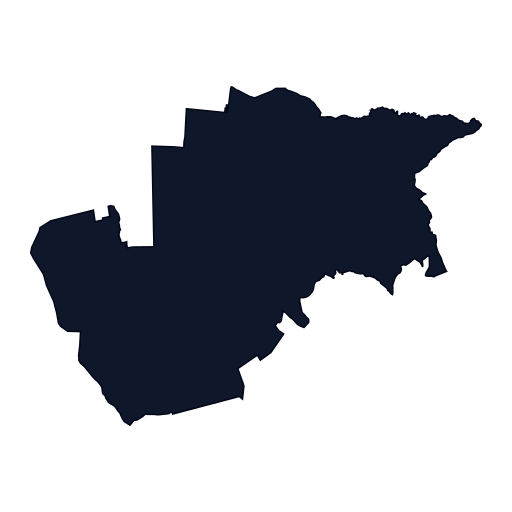 Boldesti-Scaeni, Prahova, Romania (Mercator projection)
{"feature_id": "2599482B90080505354120", "entity_name": "Boldesti-Scaeni", "entity_type": "district", "adm_level": 2, "iso_a3": "ROU", "parent_name": "Romania", "parent_adm1": "Prahova", "projection": "mercator", "projection_center": [26.073, 45.027], "detail": "fine", "context": "isolated", "style": "filled", "palette": "ink", "viewbox_px": 512, "rotation_deg": 0, "n_neighbors": 0, "source": "geoboundaries", "source_scale": "gbopen_adm2", "svg_char_len": 6054}
<svg xmlns="http://www.w3.org/2000/svg" viewBox="0 0 512 512"><path d="M425.5,275.5L426.9,276.2L431.1,276.2L434.1,276.8L434.3,276.3L446.6,271.4L446.2,270.9L442.4,262.3L441.5,259.0L440.8,257.2L438.4,252.9L436.7,248.0L435.9,244.8L436.4,240.7L435.6,235.4L435.1,235.1L432.5,234.4L432.3,234.2L432.1,232.2L431.5,232.1L430.2,232.2L430.0,230.8L429.9,228.3L428.8,226.7L428.4,225.2L428.1,224.8L429.5,222.5L429.2,220.7L429.4,219.9L430.8,218.5L431.5,217.4L431.4,216.2L430.6,213.1L428.5,210.7L426.9,207.0L422.6,202.9L421.8,201.1L421.5,200.8L418.6,199.2L418.6,198.6L420.6,197.8L423.0,195.4L425.7,194.0L424.8,193.5L422.4,192.6L420.0,190.3L418.4,189.3L416.3,188.3L414.4,185.7L414.4,184.6L415.0,181.5L415.1,179.3L414.5,177.9L414.6,173.3L419.2,171.6L423.2,168.3L427.1,165.7L427.8,164.7L428.0,163.3L428.3,162.7L429.2,161.9L429.3,160.2L429.8,159.9L431.1,159.7L432.8,157.5L434.0,157.2L435.1,156.6L435.9,155.7L437.1,153.4L439.6,151.6L441.1,149.1L445.4,146.4L447.5,145.4L448.4,143.6L449.1,142.6L450.9,141.6L452.4,140.2L458.8,137.4L460.0,137.6L462.9,137.1L465.0,135.0L472.5,133.4L475.0,131.9L476.1,130.7L478.7,128.9L480.0,126.8L481.2,125.6L481.3,124.3L480.2,123.8L478.4,121.3L477.8,121.0L476.0,120.8L475.3,120.4L474.6,118.8L474.0,118.4L473.1,118.6L471.9,119.3L471.4,120.1L470.6,120.6L470.3,122.3L469.2,123.3L466.3,123.4L463.8,123.0L462.4,121.3L458.6,120.2L456.3,118.1L454.5,117.5L453.3,116.2L451.8,115.7L449.9,114.6L447.6,116.0L446.4,116.1L444.0,115.7L441.9,116.6L440.6,116.2L439.0,115.1L437.1,115.0L436.0,115.6L433.7,115.3L433.5,115.5L433.8,116.1L433.5,116.5L432.0,115.7L428.4,116.7L428.4,117.2L428.8,117.4L429.0,117.8L428.2,118.0L427.3,119.0L425.2,119.5L423.6,118.3L422.7,117.0L421.8,117.0L420.5,117.7L420.0,117.7L419.7,117.3L419.4,115.5L419.0,115.1L418.3,116.0L417.4,115.6L416.0,115.9L415.5,115.1L415.8,113.6L414.0,112.9L413.3,112.9L412.5,114.2L411.7,113.7L410.6,114.7L408.8,113.4L408.6,112.9L408.2,112.9L407.9,113.8L407.1,114.0L405.9,113.7L404.9,112.7L403.8,113.7L402.2,113.6L401.5,113.9L401.2,114.3L400.7,115.8L399.9,116.4L399.6,116.0L397.5,115.0L397.3,113.4L397.7,112.1L397.4,111.3L396.7,111.5L395.2,113.3L394.6,113.3L394.3,112.7L393.9,110.3L392.4,109.4L391.8,109.3L391.3,109.9L390.6,110.0L388.6,109.9L387.5,108.7L386.4,108.4L384.5,108.5L382.4,107.1L380.5,108.0L379.0,108.2L377.9,108.0L377.4,108.6L374.0,110.3L373.7,110.2L373.0,109.3L372.3,109.3L372.2,108.8L371.6,109.0L371.8,109.5L371.8,110.0L370.3,110.4L370.9,111.9L369.6,113.3L369.4,115.0L370.0,115.9L368.9,116.2L367.8,116.1L366.4,116.5L364.0,116.3L363.6,117.0L362.8,117.2L362.4,118.2L361.7,118.0L360.3,118.4L359.6,118.0L359.0,118.5L357.9,118.8L357.4,118.6L357.1,118.0L356.8,118.0L354.3,118.6L353.0,117.8L351.9,118.1L350.9,117.4L350.3,117.5L349.4,117.0L348.8,117.4L348.4,117.4L348.0,116.5L346.4,115.6L345.0,115.6L344.2,115.3L341.4,115.8L337.9,117.4L337.3,117.8L336.3,119.5L335.5,119.6L335.9,118.4L335.0,118.5L332.0,117.1L330.8,116.8L327.5,116.7L324.8,117.1L320.2,116.8L319.8,116.4L320.8,112.8L318.1,108.4L316.8,107.4L315.2,104.7L313.7,102.7L312.6,101.7L311.3,101.0L309.8,99.1L304.7,96.8L300.3,95.8L296.8,93.5L291.3,91.4L287.9,90.4L286.5,89.6L285.2,88.3L275.8,88.4L271.9,91.0L254.7,97.9L249.6,96.4L238.3,90.5L236.7,90.0L232.6,87.2L231.4,86.8L230.7,88.2L228.7,104.4L227.3,112.7L226.8,112.7L227.7,105.1L226.5,104.9L226.1,108.2L225.2,108.1L224.7,112.5L186.4,108.7L184.9,137.4L184.5,138.8L184.4,140.1L184.0,141.6L183.8,147.7L175.0,146.9L151.9,146.1L153.9,246.8L132.8,247.0L127.2,247.9L127.1,246.2L125.7,246.3L125.7,244.8L126.8,244.7L126.7,241.7L125.2,242.3L121.0,242.6L120.6,239.9L118.9,236.0L119.1,235.5L118.7,235.3L119.4,232.5L119.5,231.1L120.5,229.4L119.5,227.7L119.4,225.1L118.6,222.7L119.7,219.0L118.7,214.8L118.2,213.8L114.8,209.1L113.8,206.4L112.5,206.0L111.0,206.0L110.8,205.6L108.2,206.3L109.7,216.5L102.6,218.0L102.5,220.1L95.1,221.6L93.4,210.1L50.8,220.8L40.0,227.6L39.2,231.4L31.8,247.2L30.7,252.9L33.5,258.4L43.5,274.3L46.5,285.4L53.8,301.7L56.7,313.1L58.5,323.3L60.6,326.3L67.7,331.3L80.5,331.6L79.8,345.2L78.7,354.6L78.8,354.5L78.8,360.2L80.6,363.3L84.4,366.6L92.3,376.3L95.4,379.7L97.7,381.6L101.0,385.7L101.8,387.5L102.2,389.6L102.5,392.6L103.1,394.0L104.7,395.3L105.2,396.0L105.8,398.3L107.6,400.7L108.4,402.4L113.4,405.4L115.1,406.7L118.0,411.1L119.8,412.9L122.2,418.4L124.2,421.6L130.0,425.2L133.9,420.3L135.2,420.4L137.3,419.9L142.6,416.6L144.8,414.6L145.7,414.1L147.9,414.4L153.8,414.4L158.3,414.8L168.4,413.7L169.5,413.3L170.2,412.3L171.0,412.1L172.2,412.3L172.6,414.1L239.2,396.5L242.5,399.1L243.9,386.1L242.9,382.8L237.8,368.6L257.4,355.1L260.3,360.2L270.8,352.6L283.7,334.0L278.8,330.6L275.2,325.8L277.3,322.6L279.6,322.6L280.6,321.8L281.1,320.9L281.5,319.9L281.6,318.4L282.9,312.4L282.6,310.8L285.8,312.9L290.1,317.4L292.7,319.2L297.4,324.3L300.0,325.9L304.0,327.5L307.9,323.3L308.7,322.2L308.7,319.7L308.0,318.6L306.3,317.1L304.9,315.2L302.2,312.5L301.6,310.4L299.7,301.1L299.8,298.7L300.4,297.5L303.1,297.7L305.1,297.4L307.5,296.5L309.5,295.0L311.8,292.4L312.8,290.8L313.6,288.2L314.1,284.5L315.6,281.8L316.6,281.2L319.4,280.3L321.3,278.0L323.6,276.8L324.1,276.1L324.5,274.5L325.1,274.2L325.9,274.3L331.1,276.6L331.9,277.0L332.9,278.1L333.7,278.3L334.1,277.9L333.8,277.0L333.0,276.2L335.0,274.3L335.7,273.2L335.8,272.4L335.2,270.4L335.6,270.0L336.3,269.7L336.9,269.8L338.1,270.9L339.5,272.8L341.5,272.9L341.8,273.2L342.0,274.2L342.3,274.4L342.7,274.4L342.9,273.0L343.4,272.6L349.7,270.7L352.3,271.6L354.2,271.5L354.5,272.3L355.9,273.0L360.6,273.9L362.8,273.6L363.5,273.9L365.4,276.3L366.4,276.6L369.8,276.0L375.2,278.0L377.4,280.0L380.0,281.2L380.8,283.4L387.0,288.3L387.7,290.3L389.3,291.5L390.9,293.7L392.5,294.6L392.9,292.8L392.7,290.3L392.9,287.9L392.6,286.4L392.8,284.6L394.9,278.2L396.0,276.2L397.9,274.0L400.1,272.7L400.9,271.3L401.5,268.9L400.8,267.2L400.6,265.8L403.6,264.7L405.7,265.2L408.7,263.3L414.1,258.8L415.3,259.0L417.6,260.7L419.2,261.6L420.2,262.5L421.3,264.2L422.3,266.3L422.5,266.4L422.7,266.2L422.8,265.6L422.3,260.7L422.4,260.2L425.3,258.1L426.9,256.4L429.3,256.3L429.4,267.0L426.3,272.5L425.7,273.9L425.5,275.5Z" fill="#0f172a" stroke="#020617" stroke-width="1.5"/></svg>